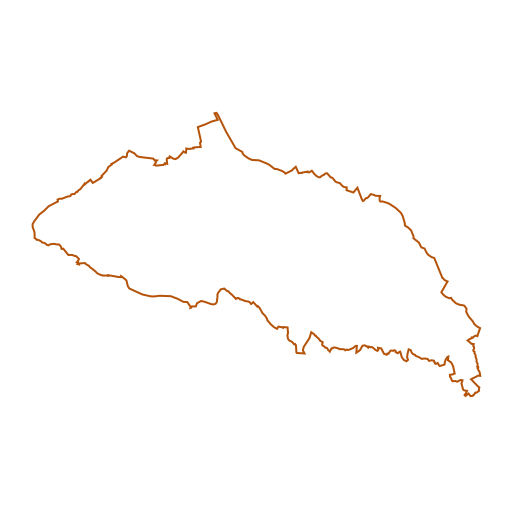 the district of Martinis, Harghita, Romania, rotated 89°
{"feature_id": "2599482B98292764563542", "entity_name": "Martinis", "entity_type": "district", "adm_level": 2, "iso_a3": "ROU", "parent_name": "Romania", "parent_adm1": "Harghita", "projection": "orthographic", "projection_center": [25.42, 46.235], "detail": "fine", "context": "isolated", "style": "outline", "palette": "amber", "viewbox_px": 512, "rotation_deg": 89, "n_neighbors": 0, "source": "geoboundaries", "source_scale": "gbopen_adm2", "svg_char_len": 6036}
<svg xmlns="http://www.w3.org/2000/svg" viewBox="0 0 512 512"><g transform="rotate(89 256 256)"><path d="M235.3,475.4L236.0,475.0L236.0,474.0L236.5,472.5L237.5,470.8L238.7,469.6L239.2,467.7L239.9,466.2L241.3,464.8L241.7,463.4L240.7,461.6L240.3,458.1L241.0,454.5L241.0,452.8L243.0,451.0L245.6,450.2L245.3,448.6L251.7,443.6L251.7,440.5L251.9,439.2L252.7,437.7L253.0,435.9L255.8,433.1L256.8,433.4L259.1,435.2L259.3,434.2L261.0,434.7L261.4,432.9L260.3,432.8L260.1,427.0L261.2,426.2L263.0,423.0L263.9,422.6L268.1,417.4L270.8,414.6L272.3,411.4L272.7,409.7L272.9,409.6L272.9,406.1L273.3,404.1L272.6,404.1L274.4,394.9L274.8,391.5L274.8,390.7L274.0,390.9L274.3,390.4L278.1,386.0L283.9,384.7L286.3,383.2L292.5,370.2L294.4,362.4L294.7,359.2L294.1,353.0L294.7,341.9L297.5,334.9L300.6,329.4L300.8,325.6L305.9,322.1L306.7,322.4L306.4,321.5L305.3,321.1L305.3,317.0L302.2,315.8L300.0,311.6L300.9,308.2L303.5,301.1L303.6,298.6L303.0,297.2L301.4,296.0L295.9,295.2L294.1,295.3L292.1,294.5L288.7,291.7L288.0,288.3L290.5,285.5L290.8,284.2L292.1,283.3L294.4,280.6L298.4,277.0L297.8,276.6L298.1,275.7L297.6,275.1L297.7,274.5L298.5,272.9L299.0,272.8L299.6,270.4L300.8,267.8L301.5,264.1L302.2,263.0L303.9,261.7L302.1,259.5L306.6,255.6L306.1,255.1L308.0,253.3L313.3,250.5L315.6,248.2L318.6,246.2L320.7,245.7L322.6,243.9L323.9,243.1L327.5,239.2L329.2,236.2L327.0,234.8L327.7,231.3L328.3,230.2L327.5,229.8L328.0,225.7L333.6,225.3L335.8,226.0L339.2,225.5L341.0,224.3L342.3,221.7L345.1,219.2L344.7,218.5L346.0,217.6L353.1,217.3L353.7,216.8L354.3,209.2L351.0,210.8L347.6,209.8L339.1,204.0L333.2,202.1L335.1,199.4L336.4,198.6L336.7,197.6L337.3,197.4L339.8,194.7L342.0,193.2L343.2,190.9L343.9,190.8L345.1,191.4L346.5,191.2L347.8,189.1L348.9,188.3L348.9,187.4L349.3,186.6L351.6,185.3L352.3,184.3L352.3,183.8L352.6,183.7L350.0,182.3L349.4,181.5L349.6,181.0L348.8,179.9L348.8,178.9L349.7,175.7L350.6,174.2L350.5,172.9L350.8,171.7L350.6,170.9L350.7,170.3L351.3,168.5L351.8,168.3L351.2,167.1L351.6,165.5L351.2,164.2L349.6,160.2L348.1,158.7L347.6,157.6L347.6,156.7L354.4,157.4L352.9,154.9L351.6,153.4L347.6,151.2L347.2,148.8L348.4,146.9L348.3,146.4L349.6,145.4L348.5,144.6L349.3,143.1L349.0,142.0L349.7,140.7L352.1,138.0L353.0,136.3L352.0,135.3L349.9,135.6L350.6,132.4L356.0,129.7L357.0,127.0L355.9,126.5L355.7,126.0L356.0,125.7L356.0,125.3L355.7,124.9L353.3,123.5L352.9,122.8L353.2,120.5L352.7,119.6L352.7,118.9L353.5,118.0L354.5,118.1L355.7,115.9L354.2,114.1L354.1,113.5L359.7,112.0L362.5,110.0L363.9,107.4L362.5,105.8L360.0,106.7L356.5,106.2L352.0,105.0L353.0,102.8L355.2,102.1L356.1,101.4L356.9,100.5L357.7,98.6L358.4,98.3L358.9,97.5L359.8,95.2L361.8,92.0L361.4,89.6L361.9,86.2L363.9,84.8L363.3,82.2L363.8,79.9L365.1,79.6L365.3,79.1L366.3,79.1L366.9,78.6L367.0,77.9L366.1,76.2L368.5,74.9L369.2,74.1L367.8,69.3L366.0,69.2L362.8,68.1L360.3,66.3L359.9,65.4L363.6,65.9L365.7,62.9L368.1,61.5L370.0,60.8L377.0,59.4L377.9,62.0L378.2,64.2L380.0,64.2L381.1,63.3L384.2,62.2L384.6,61.6L384.5,58.8L385.2,57.0L383.5,53.6L383.9,51.7L387.0,52.8L392.3,51.5L393.4,51.0L394.0,50.2L394.5,47.4L396.8,48.4L398.6,49.9L399.6,49.0L397.2,45.9L399.8,44.0L399.7,42.2L399.3,41.3L398.7,41.1L398.6,40.5L396.4,39.1L396.6,38.4L396.3,37.6L394.6,35.3L393.8,35.6L391.3,35.0L390.1,36.5L383.0,43.1L379.5,35.9L379.4,34.6L379.8,34.2L379.8,33.9L376.1,34.4L374.0,35.6L372.4,36.1L371.9,35.9L371.8,36.3L370.8,35.9L370.4,36.7L369.8,36.3L367.4,36.4L365.6,37.3L363.3,37.3L360.5,38.3L359.6,38.1L358.7,38.3L357.3,39.1L355.5,39.1L355.1,40.0L354.5,40.4L353.3,40.2L352.3,39.5L350.5,39.7L350.1,40.2L349.0,40.3L347.9,39.8L347.6,40.6L347.7,41.9L345.1,44.7L344.2,45.9L342.9,44.2L342.0,41.7L341.2,41.7L341.3,40.4L340.2,39.4L339.4,37.4L340.0,36.1L332.0,33.2L330.4,36.1L328.0,38.8L325.1,40.4L320.1,44.5L315.4,46.8L312.4,46.4L309.7,48.3L309.1,48.9L308.2,53.7L306.7,57.0L303.2,60.6L301.3,61.6L301.6,63.5L300.0,67.1L297.2,70.1L295.4,71.3L284.8,64.9L283.5,67.7L281.5,69.4L281.3,70.0L261.1,77.8L260.2,80.4L257.9,83.7L255.8,85.3L251.5,87.3L250.2,90.6L245.4,92.9L241.0,98.3L239.2,98.1L233.0,100.5L230.1,103.5L228.2,106.5L225.6,106.7L218.7,108.6L215.3,110.4L210.5,115.4L206.3,121.5L205.3,123.5L203.7,128.4L203.7,130.7L203.0,131.3L200.4,131.5L198.1,130.8L197.9,135.4L197.2,136.5L196.1,140.1L199.3,142.9L200.1,144.0L200.1,145.2L202.6,147.3L202.9,148.2L201.1,149.2L189.5,153.4L194.2,157.5L191.8,164.3L189.0,164.1L188.6,166.6L188.1,167.6L186.4,169.4L184.6,170.8L183.8,173.7L183.0,175.3L179.3,178.1L178.8,179.1L178.8,179.8L174.6,183.4L174.5,184.0L175.0,185.7L175.9,186.4L176.8,188.6L178.4,190.5L178.4,191.9L177.1,194.1L174.7,196.5L171.7,198.7L173.3,201.3L173.1,203.2L172.5,203.1L173.4,208.3L173.9,208.8L173.6,210.1L174.0,211.9L167.5,214.7L170.2,217.9L170.9,218.3L174.2,225.1L173.3,225.6L171.6,228.1L169.3,233.9L169.4,235.7L165.2,240.9L164.0,243.0L160.4,251.3L159.9,258.3L158.5,261.4L155.3,265.9L153.6,267.4L151.7,267.9L147.8,274.6L131.3,283.7L114.7,291.4L112.2,293.0L112.6,295.0L119.2,291.9L120.8,298.1L123.2,303.6L126.1,311.9L140.3,309.0L140.9,309.0L141.7,310.0L146.0,309.4L146.3,315.5L146.6,316.8L147.3,316.6L147.7,320.0L147.7,322.3L147.3,323.8L151.5,324.2L151.5,324.8L150.1,326.8L151.3,327.6L156.2,332.1L157.7,334.7L157.2,337.1L155.0,340.5L156.1,340.7L156.0,341.1L156.6,341.3L156.5,342.2L156.9,343.3L158.0,343.6L162.3,343.2L161.6,345.2L162.8,345.4L162.7,346.6L163.3,347.0L163.9,354.1L163.8,354.8L163.1,355.5L163.1,356.1L160.9,354.5L159.1,354.0L158.7,353.5L158.4,355.3L158.7,355.5L156.8,357.1L154.9,370.9L154.0,373.3L151.2,375.8L148.5,381.1L151.1,383.1L154.0,383.4L155.1,384.4L154.3,387.1L160.2,396.3L161.4,398.9L162.0,398.6L164.6,402.2L168.0,403.8L173.1,408.9L174.0,408.5L175.0,410.0L175.4,409.8L180.1,417.9L176.8,420.2L178.3,421.7L178.1,421.9L181.4,425.9L180.7,426.1L185.7,430.1L186.7,431.3L187.2,432.3L188.8,433.5L188.7,434.2L189.1,434.8L190.8,436.3L191.0,439.0L191.5,439.9L192.5,440.3L193.0,441.2L193.3,443.6L195.4,449.1L195.2,450.1L195.5,451.9L196.1,453.4L198.0,453.1L202.6,462.4L207.0,467.0L210.7,471.9L217.1,476.9L220.2,478.8L223.2,478.8L228.4,477.0L234.3,477.0L235.3,475.4Z" fill="none" stroke="#b45309" stroke-width="2"/></g></svg>